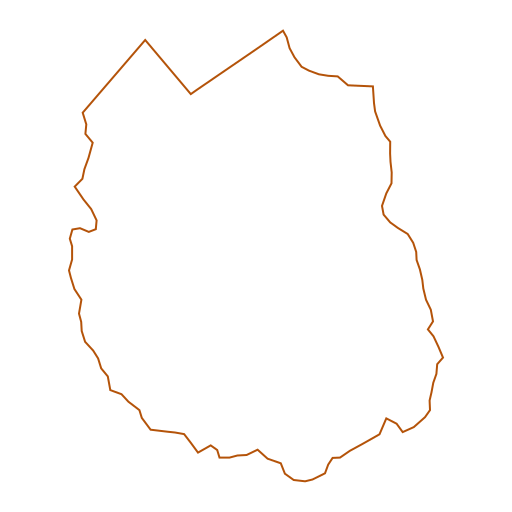 Ipaussu, São Paulo, Brazil (Mercator projection)
{"feature_id": "56859067B23580157718081", "entity_name": "Ipaussu", "entity_type": "district", "adm_level": 2, "iso_a3": "BRA", "parent_name": "Brazil", "parent_adm1": "São Paulo", "projection": "mercator", "projection_center": [-49.603, -23.063], "detail": "fine", "context": "isolated", "style": "outline", "palette": "amber", "viewbox_px": 512, "rotation_deg": 0, "n_neighbors": 0, "source": "geoboundaries", "source_scale": "gbopen_adm2", "svg_char_len": 1475}
<svg xmlns="http://www.w3.org/2000/svg" viewBox="0 0 512 512"><path d="M372.9,86.4L348.0,85.3L337.7,76.4L328.2,75.8L318.9,74.3L309.1,70.7L301.6,66.8L294.5,57.3L289.6,48.2L286.7,37.4L283.0,30.7L256.1,49.3L196.9,89.8L190.8,94.1L145.2,40.0L82.7,112.7L86.3,124.4L85.4,133.9L92.7,142.7L88.5,157.9L84.4,169.2L82.4,178.8L74.7,186.6L83.5,199.5L91.2,209.1L96.6,220.4L95.8,229.2L88.8,231.9L80.0,228.2L72.4,229.5L69.8,238.7L72.1,246.2L72.1,259.5L69.0,270.4L70.9,277.8L74.4,289.0L81.4,299.7L79.0,313.6L81.2,321.9L81.7,331.0L85.1,341.8L93.2,350.6L98.1,358.4L101.2,368.4L107.8,376.4L110.3,390.1L121.5,394.2L128.4,401.7L139.4,410.1L141.8,417.9L150.6,429.7L167.4,431.7L175.0,432.5L184.1,434.1L190.8,442.8L198.0,452.6L210.7,445.4L217.2,450.0L219.5,457.6L229.5,457.6L237.4,455.5L246.6,455.0L257.6,449.7L267.6,458.7L280.8,463.3L284.9,473.7L293.7,480.0L305.1,481.3L312.5,479.5L325.0,473.3L328.2,464.6L332.6,457.9L340.0,457.6L349.9,450.8L362.2,444.1L379.5,434.3L386.3,418.4L396.6,423.7L402.7,432.1L413.8,427.1L425.0,417.2L430.0,410.1L429.6,400.5L431.5,392.3L433.3,382.7L436.4,373.9L437.2,364.2L443.0,357.6L438.4,346.7L433.5,336.3L427.9,329.4L433.0,321.4L430.8,309.7L426.0,299.7L423.3,288.5L422.3,279.9L419.9,269.4L416.6,260.0L416.2,251.9L413.2,242.8L407.7,234.0L397.8,227.9L390.2,222.4L383.6,214.6L382.0,205.9L386.3,193.4L391.5,183.3L391.7,172.5L390.5,161.8L390.1,153.5L390.2,141.7L385.4,136.0L380.1,125.6L375.1,111.4L374.0,103.1L372.9,86.4Z" fill="none" stroke="#b45309" stroke-width="2"/></svg>